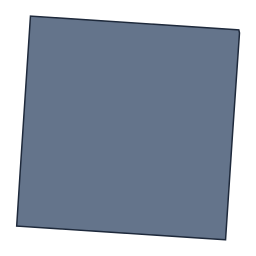 Madison, Nebraska, United States of America (orthographic projection), rotated 184°
{"feature_id": "52423323B9058174169797", "entity_name": "Madison", "entity_type": "district", "adm_level": 2, "iso_a3": "USA", "parent_name": "United States of America", "parent_adm1": "Nebraska", "projection": "orthographic", "projection_center": [-97.658, 41.917], "detail": "fine", "context": "isolated", "style": "filled", "palette": "slate", "viewbox_px": 256, "rotation_deg": 184, "n_neighbors": 0, "source": "geoboundaries", "source_scale": "gbopen_adm2", "svg_char_len": 259}
<svg xmlns="http://www.w3.org/2000/svg" viewBox="0 0 256 256"><g transform="rotate(184 128 128)"><path d="M24.3,233.6L233.1,232.8L232.5,75.1L232.2,22.4L22.9,23.3L23.3,128.2L23.4,230.6L24.3,233.6Z" fill="#64748b" stroke="#1e293b" stroke-width="1.5"/></g></svg>